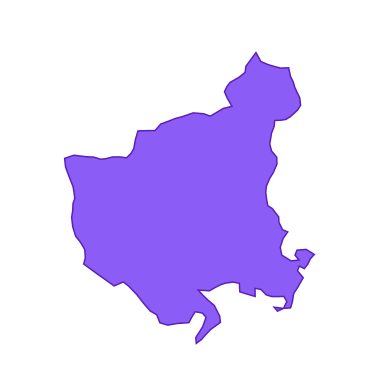 Jaboti, Paraná, Brazil, rotated 100°
{"feature_id": "56859067B82658845129060", "entity_name": "Jaboti", "entity_type": "district", "adm_level": 2, "iso_a3": "BRA", "parent_name": "Brazil", "parent_adm1": "Paraná", "projection": "albers", "projection_center": [-50.077, -23.72], "detail": "fine", "context": "isolated", "style": "filled", "palette": "violet", "viewbox_px": 384, "rotation_deg": 100, "n_neighbors": 0, "source": "geoboundaries", "source_scale": "gbopen_adm2", "svg_char_len": 1922}
<svg xmlns="http://www.w3.org/2000/svg" viewBox="0 0 384 384"><g transform="rotate(100 192 192)"><path d="M52.9,118.4L54.6,126.4L54.1,132.5L53.3,139.4L51.5,146.9L43.6,153.2L58.7,160.7L65.0,160.5L71.0,165.8L77.5,173.6L82.6,176.1L87.6,177.4L93.3,173.7L100.7,167.5L104.2,175.6L109.4,181.6L114.1,187.1L112.9,194.3L113.9,204.6L119.5,214.7L122.4,221.0L126.3,227.4L130.5,234.6L137.9,239.0L139.7,248.6L141.2,255.8L149.9,256.8L159.5,256.9L164.2,258.6L169.7,262.4L170.0,269.3L171.3,276.4L174.1,282.5L175.6,287.6L174.7,294.9L175.6,302.0L176.3,314.7L181.0,323.3L189.5,320.8L195.2,317.5L207.3,310.1L213.2,308.0L218.9,306.3L223.8,307.2L230.5,306.3L237.9,306.1L247.0,303.4L255.7,298.9L260.9,293.1L267.3,287.6L275.5,285.6L281.7,286.2L288.9,271.6L293.8,261.2L298.0,252.4L292.5,244.0L295.5,238.3L302.5,228.7L309.9,220.5L316.5,212.4L318.9,205.5L326.4,200.9L327.3,192.6L324.2,184.2L321.2,172.4L314.2,170.1L309.4,168.1L309.4,160.7L313.0,156.4L322.9,158.1L334.7,163.0L340.4,161.5L335.5,157.0L331.2,154.4L324.4,150.0L315.5,141.4L309.4,143.2L299.9,150.3L295.7,157.5L292.0,163.0L287.5,168.9L286.3,157.7L281.8,152.3L278.4,147.7L275.9,143.2L273.6,135.9L273.7,129.5L282.0,127.6L282.8,121.6L283.9,111.7L275.9,113.2L276.0,107.2L280.4,101.1L281.1,95.2L280.2,89.9L278.9,83.3L283.4,79.6L290.7,81.6L289.0,74.8L282.6,74.1L274.2,74.2L267.5,71.3L257.1,67.6L251.3,74.4L246.3,73.5L248.0,68.1L243.1,65.5L237.1,63.8L232.3,60.7L228.7,69.6L231.0,78.5L236.3,79.6L240.5,74.8L242.6,82.5L238.6,92.6L231.2,95.5L222.0,94.2L214.7,90.8L213.4,96.3L206.8,101.1L201.5,102.3L194.4,110.0L192.3,115.0L185.5,117.5L179.6,119.3L173.4,119.8L164.9,117.8L158.8,115.3L149.7,113.2L143.0,114.6L137.9,120.7L131.2,123.8L126.2,123.8L120.3,123.9L113.1,122.5L107.2,123.0L106.0,117.3L104.2,112.1L100.5,108.0L93.1,102.3L87.6,100.1L80.5,102.3L71.5,108.7L65.9,111.5L61.2,115.0L52.9,118.4ZM290.7,81.6L291.2,91.1L294.5,87.1L290.7,81.6Z" fill="#8b5cf6" stroke="#5b21b6" stroke-width="1.5"/></g></svg>